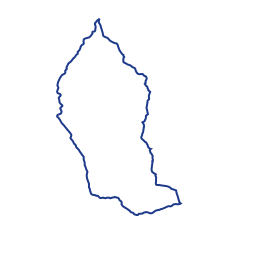 outline of Daga, Wangdi Phodrang, Bhutan, rotated 213°
{"feature_id": "84629894B46024490365368", "entity_name": "Daga", "entity_type": "district", "adm_level": 2, "iso_a3": "BTN", "parent_name": "Bhutan", "parent_adm1": "Wangdi Phodrang", "projection": "mercator", "projection_center": [89.96, 27.228], "detail": "fine", "context": "isolated", "style": "outline", "palette": "blue", "viewbox_px": 256, "rotation_deg": 213, "n_neighbors": 0, "source": "geoboundaries", "source_scale": "gbopen_adm2", "svg_char_len": 5816}
<svg xmlns="http://www.w3.org/2000/svg" viewBox="0 0 256 256"><g transform="rotate(213 128 128)"><path d="M149.6,79.8L148.8,78.7L147.9,77.3L146.5,76.2L145.4,75.3L144.8,74.4L144.2,73.4L141.9,71.8L140.9,70.9L140.5,70.6L138.3,69.3L138.1,68.8L137.8,68.3L137.8,68.1L136.9,65.8L135.2,63.7L133.7,62.5L132.7,61.7L130.7,60.3L129.7,59.1L129.1,57.9L128.3,56.9L126.7,56.0L125.9,54.8L124.7,54.1L123.8,53.2L122.7,52.6L121.9,52.6L120.6,53.0L119.2,53.7L118.6,53.8L117.7,53.8L117.4,54.2L117.2,54.3L116.4,54.5L115.9,54.6L115.4,54.5L114.3,54.2L114.0,54.1L113.5,54.1L113.2,54.2L112.9,54.3L112.1,54.9L111.2,55.8L110.8,56.1L110.3,56.2L109.9,56.3L108.8,56.8L108.6,56.9L107.7,58.1L106.4,58.9L105.7,59.4L105.3,59.4L104.8,59.4L104.6,59.4L104.2,59.8L103.4,61.0L102.9,61.4L102.7,61.5L102.4,61.8L101.6,62.9L100.8,63.2L100.4,63.2L100.0,63.4L99.2,63.6L98.5,63.9L98.2,64.1L97.4,63.8L96.9,63.6L96.3,63.1L95.1,62.8L94.0,62.8L93.3,62.5L93.1,62.4L92.5,61.9L92.3,61.3L92.0,60.6L90.6,59.9L89.7,59.6L89.4,59.6L88.9,59.6L88.4,59.6L87.7,59.7L86.9,59.5L86.0,59.7L85.4,59.7L83.7,59.7L83.0,59.5L82.8,59.5L82.1,59.7L81.9,59.7L81.7,59.6L81.3,59.3L80.7,59.3L80.3,59.1L79.1,59.1L78.8,59.2L77.8,59.6L77.5,59.6L77.1,59.6L76.3,59.2L76.1,59.1L74.8,59.3L73.5,59.7L73.0,60.0L72.4,60.4L72.3,60.9L72.3,61.6L72.1,62.0L71.8,62.2L71.5,62.4L71.2,62.6L69.8,63.7L69.0,64.6L68.9,64.8L68.8,65.4L67.6,66.8L67.0,67.3L66.0,67.8L64.3,68.3L62.5,68.7L62.1,69.1L61.3,70.0L60.5,71.9L60.1,73.2L59.5,74.1L58.7,74.9L58.1,75.8L56.9,76.6L56.4,77.7L55.2,78.9L51.6,84.4L50.6,85.0L49.6,85.4L49.2,86.1L48.8,86.6L48.6,87.4L48.4,88.3L48.0,89.0L47.1,89.7L46.5,90.3L45.5,90.7L44.7,91.1L44.2,91.6L43.2,92.5L42.7,93.5L44.5,93.8L47.1,96.0L49.7,98.3L51.7,99.8L53.7,101.8L56.6,101.2L58.5,100.6L60.2,101.0L62.8,100.7L65.9,99.4L68.1,98.3L71.0,97.1L72.6,96.0L73.3,95.9L73.7,95.9L74.3,96.4L76.0,99.5L76.6,100.3L77.3,101.6L77.8,102.2L79.1,102.9L79.4,104.0L79.4,104.3L79.7,104.4L80.3,104.3L81.2,104.2L83.3,104.3L84.2,104.6L85.6,105.9L86.5,107.7L88.8,112.5L89.2,112.9L88.9,113.0L89.5,114.3L89.9,115.0L91.1,116.1L91.6,117.0L92.1,118.0L93.3,118.6L94.1,119.1L94.8,119.3L95.6,119.4L96.6,120.4L97.6,121.2L97.7,121.9L97.5,122.7L97.9,122.5L99.2,122.7L100.0,122.7L100.8,123.2L101.6,123.6L101.8,123.9L102.5,124.6L103.0,124.7L104.9,125.8L106.4,125.6L107.4,126.0L108.4,126.2L109.3,126.3L110.5,126.4L111.7,127.2L112.0,128.0L112.2,129.3L112.5,130.3L112.9,130.8L113.0,132.3L113.4,133.5L113.9,134.4L114.3,135.6L115.1,136.9L115.1,137.6L115.6,138.4L116.4,139.3L117.6,140.1L119.0,140.6L119.0,140.9L118.1,142.0L117.8,143.2L118.1,144.0L118.1,144.7L118.7,146.6L119.6,148.1L118.8,150.5L120.4,152.0L122.2,153.9L123.3,154.7L124.9,158.4L125.2,159.2L125.8,160.3L126.4,161.7L126.2,162.9L126.0,163.6L126.1,163.9L126.9,164.9L127.7,165.8L128.3,167.1L129.1,170.4L129.7,170.5L130.6,170.5L131.6,170.8L131.8,171.2L132.5,171.6L133.3,172.1L134.3,173.1L134.9,173.2L135.8,173.2L137.0,173.7L138.0,174.2L137.7,175.4L138.3,175.9L138.9,177.3L138.9,178.4L139.2,179.5L139.6,180.1L140.4,180.6L141.2,181.0L142.0,180.7L143.3,180.7L145.2,181.2L145.9,180.7L146.8,180.1L147.3,179.6L148.0,179.2L149.1,178.9L150.0,178.9L150.6,179.3L151.3,179.4L153.0,180.5L154.0,181.4L155.0,181.9L155.7,181.8L157.8,181.5L158.6,181.7L159.3,181.8L160.1,181.8L162.8,181.1L163.8,181.0L165.7,181.0L167.0,180.7L168.0,181.0L168.4,181.8L168.9,182.2L169.5,183.5L169.8,183.9L169.9,184.4L169.9,184.7L169.7,185.2L169.9,185.5L170.7,185.8L171.1,186.0L171.3,186.3L171.6,186.8L172.8,186.7L173.5,187.0L174.0,187.1L175.6,187.8L176.0,188.0L177.0,188.3L177.6,188.7L178.1,189.0L179.8,190.3L180.2,190.6L180.4,190.8L181.0,191.2L181.4,191.6L181.8,192.0L182.3,192.3L182.7,192.4L183.3,192.7L183.7,192.7L184.3,192.5L184.7,192.2L185.3,192.0L185.7,192.0L186.5,191.7L189.2,191.5L191.1,191.5L191.9,191.8L193.3,192.2L194.2,192.3L194.9,192.3L195.7,192.1L196.6,191.8L197.5,191.8L198.9,191.8L199.6,192.4L200.2,193.1L201.0,193.9L201.4,194.3L202.0,194.8L204.1,196.6L205.2,197.5L206.2,198.3L206.4,198.6L206.7,198.9L208.8,200.1L209.4,200.3L209.8,200.5L210.6,201.7L211.2,202.7L211.2,203.3L211.6,203.4L212.5,200.9L212.5,198.9L212.8,198.0L212.6,197.5L212.2,196.9L211.5,196.5L210.2,195.2L209.8,194.5L209.4,193.3L208.7,192.3L208.5,191.4L208.7,190.7L209.9,189.7L210.1,189.2L209.9,188.7L209.2,187.6L209.4,185.6L209.4,184.6L209.9,182.9L211.0,181.6L212.3,180.2L213.2,178.8L213.3,178.0L212.4,176.3L211.5,175.4L211.1,174.7L211.1,173.9L211.7,173.0L212.0,171.4L211.9,170.3L211.2,167.9L211.2,166.6L211.4,165.3L211.6,164.4L211.0,163.6L210.6,162.8L211.0,161.8L211.2,160.6L211.2,159.1L211.3,157.9L211.6,157.0L211.8,156.8L211.9,154.6L212.0,153.4L212.2,152.5L212.4,151.7L212.6,151.1L212.9,150.7L213.0,150.3L213.1,149.8L213.1,149.3L213.0,148.6L212.7,146.5L212.6,145.6L212.5,145.3L212.4,145.0L212.0,144.7L211.5,144.2L211.5,143.5L211.8,142.8L211.8,142.4L211.8,141.9L211.7,141.6L211.0,140.8L210.8,140.4L210.7,139.9L210.7,139.4L210.8,139.1L211.1,138.4L211.7,137.3L212.1,136.8L212.2,136.4L212.3,132.7L212.2,132.3L211.8,129.6L211.5,128.0L210.9,126.5L210.8,126.2L210.7,125.9L210.3,125.2L210.0,124.9L208.7,124.2L208.2,123.6L208.1,123.3L207.7,121.1L207.5,120.6L207.2,119.9L207.0,119.6L206.6,119.3L206.2,119.1L205.3,119.0L204.9,119.1L204.1,119.4L203.5,119.5L203.0,119.4L202.3,118.9L202.2,118.6L202.2,117.9L202.2,117.5L202.5,116.8L202.5,116.2L202.5,115.6L202.2,115.2L201.9,114.9L201.1,114.3L200.7,113.9L200.2,113.3L200.0,112.9L199.5,112.4L198.6,111.8L197.3,111.5L195.7,111.3L195.2,111.0L195.0,110.4L195.4,109.3L195.6,107.9L195.4,107.4L194.4,106.8L192.6,105.6L192.3,104.6L192.2,103.5L193.9,101.0L194.2,100.3L193.9,99.3L193.3,98.8L192.1,98.8L190.0,98.0L186.2,96.0L183.2,95.3L176.8,93.2L173.9,92.4L172.7,91.9L171.6,91.2L171.1,89.7L170.9,88.4L170.0,87.8L167.9,87.3L166.6,86.7L164.5,85.4L163.1,85.4L162.0,84.7L160.8,83.6L158.7,83.3L157.2,82.8L155.6,82.0L153.5,81.2L151.8,80.4L150.7,80.2L149.6,79.8Z" fill="none" stroke="#1e3a8a" stroke-width="2"/></g></svg>